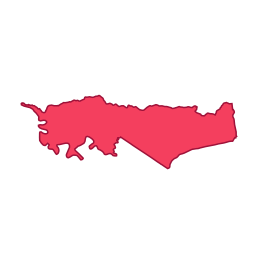 the district of The Hills, New South Wales, Australia, rotated 277°
{"feature_id": "25037944B61801605957585", "entity_name": "The Hills", "entity_type": "district", "adm_level": 2, "iso_a3": "AUS", "parent_name": "Australia", "parent_adm1": "New South Wales", "projection": "equal_earth", "projection_center": [150.977, -33.576], "detail": "fine", "context": "isolated", "style": "filled", "palette": "rose", "viewbox_px": 256, "rotation_deg": 277, "n_neighbors": 0, "source": "geoboundaries", "source_scale": "gbopen_adm2", "svg_char_len": 5824}
<svg xmlns="http://www.w3.org/2000/svg" viewBox="0 0 256 256"><g transform="rotate(277 128 128)"><path d="M127.7,233.5L131.5,235.2L131.3,236.1L132.4,236.3L133.0,236.9L133.6,236.3L137.3,235.8L144.2,233.4L149.0,232.3L150.1,231.9L151.8,230.8L152.5,230.6L153.3,230.5L154.0,230.6L156.1,231.5L156.7,231.6L157.3,231.4L158.0,231.1L158.9,230.3L159.1,230.2L159.0,229.6L164.9,228.2L164.7,227.2L164.4,225.8L164.4,225.5L164.5,225.1L164.9,224.1L165.1,223.0L165.3,222.4L164.9,221.8L164.6,220.7L164.4,220.3L164.1,219.9L163.7,219.6L162.4,219.1L161.4,218.2L160.0,217.8L159.4,217.2L159.2,217.1L158.2,217.0L156.5,214.8L155.8,214.0L155.1,213.7L154.4,213.8L151.6,212.9L152.1,211.5L152.3,210.6L152.3,208.8L152.2,207.7L152.5,205.7L152.5,205.4L152.3,204.9L151.4,204.2L150.8,203.3L149.7,202.7L149.4,202.3L149.3,201.6L149.3,200.0L149.3,199.5L149.6,199.1L150.3,198.7L150.6,198.3L151.4,194.7L152.1,193.4L152.5,192.8L152.8,192.6L153.2,192.7L153.7,193.0L154.4,193.7L154.6,193.8L157.2,193.9L157.2,193.7L157.3,193.8L157.6,193.4L157.9,192.5L158.1,191.8L157.9,191.4L157.5,190.6L157.0,190.0L156.3,189.4L156.1,189.1L156.1,187.5L156.4,186.1L156.4,185.0L155.7,183.6L155.1,180.8L155.2,180.2L155.3,179.2L155.2,177.7L155.5,176.2L155.2,175.5L154.4,174.1L153.8,172.6L153.2,171.4L152.8,169.6L152.9,169.2L153.4,168.3L153.6,166.6L153.9,164.9L154.0,163.8L153.8,161.7L154.1,159.4L154.1,158.9L153.7,156.5L153.8,155.9L154.3,154.7L154.5,153.6L154.5,152.8L152.7,149.1L152.6,148.7L152.8,147.4L152.6,146.6L150.8,144.4L147.8,141.7L147.5,141.1L147.3,139.8L147.6,137.3L148.9,135.1L149.7,133.9L150.0,133.4L150.1,133.0L150.0,132.6L149.5,131.8L149.3,131.2L149.5,130.6L150.2,129.3L150.3,128.8L150.2,128.0L150.2,127.6L150.7,126.2L150.7,125.9L150.4,125.5L150.0,125.3L148.5,125.0L148.2,124.8L148.0,124.2L148.1,123.5L149.4,121.0L149.5,120.6L149.2,118.7L148.4,117.1L148.3,116.6L148.3,116.3L148.8,115.3L150.0,113.6L150.2,113.0L150.1,112.6L148.9,110.9L148.8,110.5L149.0,110.0L149.7,109.2L150.3,107.2L150.3,106.9L149.5,105.1L149.3,104.1L149.3,103.8L149.4,103.4L149.7,103.1L151.6,101.7L152.4,100.6L154.0,99.8L154.7,99.2L155.4,97.9L156.4,96.4L156.7,95.8L156.7,95.5L156.6,94.9L155.9,93.9L155.6,92.2L154.3,89.9L154.2,89.4L154.1,88.8L154.3,86.1L153.6,83.7L153.5,83.3L153.6,82.4L153.5,81.9L153.3,81.6L152.9,81.3L151.7,81.2L151.2,80.9L150.5,79.5L148.9,77.1L148.8,76.7L148.8,76.0L149.2,75.0L149.3,74.5L149.2,74.1L148.8,73.3L148.8,72.9L148.8,72.6L149.1,71.6L149.0,70.9L148.8,70.5L148.4,70.2L148.1,69.5L147.3,68.6L146.8,67.5L146.8,67.2L146.9,66.7L146.3,65.6L145.9,64.2L145.5,62.8L145.3,60.8L144.3,59.7L143.8,58.7L142.4,57.1L141.8,56.6L141.7,56.4L141.8,56.0L141.6,55.9L141.6,55.5L141.4,54.6L141.1,52.0L141.4,49.3L140.7,46.9L140.1,46.3L139.8,45.8L139.5,45.7L138.2,45.2L136.5,44.9L135.0,44.2L134.2,44.2L133.3,43.5L133.1,43.1L133.0,42.2L133.4,40.7L133.7,40.4L134.8,39.5L135.5,38.6L136.3,38.0L136.4,37.6L136.0,36.8L136.0,36.4L136.7,35.8L137.6,34.6L137.7,34.3L137.8,33.6L138.4,32.9L138.7,32.2L138.7,31.9L138.5,31.0L138.6,30.7L139.0,30.3L139.1,30.0L138.8,29.4L138.4,28.5L138.5,28.3L139.0,27.7L138.9,27.1L138.6,26.8L139.1,26.3L138.6,25.4L138.6,24.4L138.4,24.3L138.0,24.5L138.6,23.7L138.7,23.2L140.0,21.4L139.6,20.4L140.0,19.9L139.3,19.1L138.0,19.4L137.1,22.1L136.3,28.3L135.0,31.3L133.2,32.8L131.7,34.9L129.9,36.7L128.6,37.9L127.4,38.2L126.0,38.2L124.7,38.7L124.4,40.4L124.9,41.7L125.4,43.3L125.4,45.0L124.6,46.3L123.7,46.6L122.5,46.0L121.4,44.9L120.6,43.0L120.5,40.3L119.8,38.8L118.7,39.0L117.5,40.2L116.7,42.4L116.2,46.8L115.7,48.1L114.7,48.7L113.6,49.0L112.9,48.6L112.2,47.2L112.2,45.5L112.7,43.7L113.5,42.4L113.4,41.2L112.5,40.9L107.9,41.4L104.8,41.9L102.4,43.9L100.7,46.1L100.5,47.8L101.5,49.0L103.0,50.1L102.5,50.9L101.7,51.8L100.5,51.4L99.5,51.0L98.0,51.6L97.6,52.9L97.7,55.6L97.2,56.6L93.8,59.4L93.2,60.2L93.6,61.0L94.6,61.8L95.9,62.1L96.9,62.2L98.4,61.9L99.8,61.2L100.7,60.2L101.8,59.5L102.6,59.6L103.0,60.7L103.2,62.0L104.6,65.8L105.3,67.9L105.5,69.5L105.3,70.8L104.6,71.6L103.3,72.1L101.7,72.3L100.0,71.8L94.8,70.3L93.6,70.1L92.1,70.6L91.3,71.4L91.2,72.4L92.0,73.8L93.9,76.1L94.4,77.1L94.6,78.8L94.5,80.7L93.5,82.0L90.7,84.9L90.8,85.6L91.1,86.3L91.6,86.8L92.2,87.2L92.8,87.0L93.5,86.1L94.9,84.3L96.1,82.8L99.2,78.5L99.9,78.0L100.6,77.7L101.7,78.7L102.5,79.5L103.1,80.0L103.7,80.3L104.2,81.4L105.1,83.0L107.5,86.1L108.4,86.5L109.5,86.9L112.3,87.0L113.8,87.3L114.4,87.9L114.7,88.8L114.3,90.8L113.5,92.4L112.7,93.8L111.3,95.4L110.2,95.7L109.3,95.7L108.5,95.2L107.8,94.2L105.5,92.0L104.7,91.8L103.1,92.5L102.7,93.0L102.6,93.7L103.1,94.6L104.0,95.5L105.7,96.9L106.2,97.5L106.5,98.6L106.0,99.4L104.2,100.4L103.5,100.9L103.0,102.0L102.8,103.1L101.5,105.7L100.0,107.2L99.2,107.7L98.9,108.5L98.9,109.3L99.3,110.4L100.0,111.7L100.4,112.9L100.4,113.9L100.0,115.0L98.8,116.6L98.7,118.6L99.0,120.0L99.9,120.1L100.7,119.7L101.0,118.9L101.4,117.2L101.7,116.6L102.7,117.0L103.1,117.1L103.3,117.0L104.4,116.2L104.9,116.1L105.2,116.3L105.6,116.6L106.4,117.7L106.6,117.8L107.0,117.9L108.5,117.3L109.7,116.3L110.1,116.2L110.5,116.4L111.1,117.2L111.7,117.6L111.9,118.2L112.0,119.3L112.1,119.5L112.3,119.8L112.6,119.9L112.9,119.8L113.8,118.7L114.2,118.4L114.7,118.4L115.0,118.6L115.0,118.8L115.0,119.5L115.1,119.8L115.4,120.0L115.7,120.0L115.9,119.8L116.0,119.1L116.2,118.9L116.7,118.9L117.0,119.0L117.1,119.4L117.2,119.9L117.1,120.7L117.2,121.0L117.5,121.4L118.1,121.8L112.7,132.5L111.3,135.1L101.9,154.0L99.7,158.2L98.0,161.4L96.7,164.1L96.1,165.1L95.7,166.2L94.1,169.2L94.0,169.5L92.7,172.1L92.6,172.3L93.2,173.4L93.8,174.0L94.6,174.2L96.6,174.1L97.2,174.2L99.8,175.1L101.1,175.7L102.9,177.3L103.4,177.9L104.3,179.4L104.7,180.0L105.8,180.9L107.3,181.8L108.2,182.8L109.2,185.3L110.0,186.9L114.1,193.3L114.7,194.4L115.8,198.3L116.1,199.8L116.3,200.5L117.0,201.9L119.0,207.2L121.9,216.2L123.3,219.8L124.8,224.8L125.5,226.6L127.0,230.1L127.5,232.2L127.7,233.5Z" fill="#f43f5e" stroke="#9f1239" stroke-width="1.5"/></g></svg>